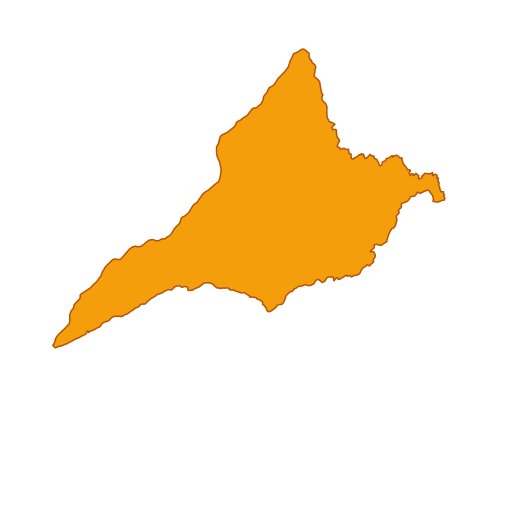 Nariño, Antioquia, Colombia (Equal Earth projection), rotated 37°
{"feature_id": "7082276B90486615303500", "entity_name": "Nariño", "entity_type": "district", "adm_level": 2, "iso_a3": "COL", "parent_name": "Colombia", "parent_adm1": "Antioquia", "projection": "equal_earth", "projection_center": [-75.143, 5.553], "detail": "fine", "context": "isolated", "style": "filled", "palette": "amber", "viewbox_px": 512, "rotation_deg": 37, "n_neighbors": 0, "source": "geoboundaries", "source_scale": "gbopen_adm2", "svg_char_len": 6038}
<svg xmlns="http://www.w3.org/2000/svg" viewBox="0 0 512 512"><g transform="rotate(37 256 256)"><path d="M144.0,367.5L144.2,368.2L144.2,372.4L143.3,377.5L143.0,381.1L139.3,391.1L139.2,393.0L139.6,393.9L140.7,394.9L140.9,396.2L140.1,404.3L141.5,407.3L141.5,411.5L142.9,415.6L146.3,419.7L147.6,422.5L147.0,428.4L145.7,436.2L145.4,439.1L145.5,441.9L147.5,447.3L147.4,449.4L148.2,449.9L151.1,450.1L152.5,447.5L155.1,444.4L156.7,441.3L157.6,440.2L162.1,430.4L164.1,427.3L164.7,425.4L165.9,423.3L167.0,420.6L167.0,419.1L166.5,417.5L167.3,417.2L168.0,417.7L168.4,417.6L169.2,414.9L170.7,413.4L171.9,410.1L173.9,406.5L174.0,405.8L173.6,403.3L174.3,400.7L176.8,397.2L177.5,395.6L177.6,392.9L178.4,390.6L179.0,389.7L181.2,387.8L183.4,386.2L184.1,386.1L184.8,385.1L185.5,384.9L186.5,382.0L188.1,379.5L189.5,374.9L190.4,372.9L190.9,370.2L191.9,369.0L193.0,366.8L192.9,364.7L193.2,363.9L194.0,362.8L195.0,362.3L196.4,360.8L197.0,356.5L197.7,353.4L199.6,348.9L200.1,346.7L203.1,342.2L203.6,340.5L205.7,336.2L206.7,335.2L209.1,334.0L209.4,331.1L209.8,330.4L209.5,330.0L210.5,327.9L213.4,325.5L214.7,325.8L215.6,325.6L217.6,323.2L219.3,322.2L220.3,322.4L222.2,324.2L223.3,323.8L226.1,321.2L226.3,319.8L229.2,314.9L230.7,309.1L233.2,306.6L236.3,304.8L239.0,304.5L242.0,305.0L244.2,304.9L245.7,303.8L247.3,303.4L248.3,301.9L250.7,300.2L252.6,298.4L255.7,298.7L256.7,298.1L257.8,296.8L258.6,296.9L266.1,294.5L269.0,292.2L275.1,291.9L275.3,292.4L276.1,292.5L278.3,290.6L279.4,290.3L280.9,289.2L283.0,289.7L286.2,288.6L287.3,288.9L288.8,288.7L290.8,290.8L292.0,290.4L294.1,291.2L295.2,291.2L295.8,292.0L298.2,293.2L299.6,293.0L301.1,291.1L302.7,285.6L302.8,284.1L302.6,284.0L303.0,281.9L303.5,281.0L305.8,279.0L306.0,276.2L305.5,275.1L305.0,271.9L304.3,271.3L304.0,270.6L304.0,269.1L304.6,264.6L306.2,262.4L306.5,258.9L307.4,257.5L307.8,255.5L309.4,253.5L310.8,252.3L312.2,249.4L315.7,248.1L317.6,246.3L319.0,243.0L318.6,240.8L318.6,239.0L319.7,237.4L320.3,237.1L325.0,237.2L326.1,234.9L325.8,230.6L326.5,228.8L328.3,228.0L330.5,226.4L331.2,226.9L332.7,228.8L333.2,228.8L333.3,224.9L334.0,224.4L335.7,225.1L336.4,224.8L337.0,223.8L337.8,221.5L338.5,220.4L339.5,217.1L341.0,217.3L343.1,214.8L344.5,215.4L345.1,215.1L345.8,212.8L348.0,210.7L349.3,208.1L349.2,206.5L348.7,204.6L348.5,200.9L349.7,198.6L350.1,196.3L350.5,195.9L352.1,195.9L352.7,194.9L352.9,192.7L353.5,190.3L353.1,189.5L351.8,188.1L351.9,186.1L351.2,184.1L350.1,183.0L347.7,181.9L346.7,182.1L345.2,183.6L344.6,183.6L344.4,183.0L345.4,178.9L345.3,178.2L344.0,176.2L344.1,175.3L345.2,174.2L348.6,172.8L349.5,172.2L350.0,171.3L350.5,168.9L351.6,166.8L351.7,165.8L349.3,160.3L348.3,155.4L348.0,152.8L349.1,150.5L349.0,147.8L346.8,142.2L344.6,140.5L344.0,139.6L344.3,135.3L342.4,133.9L342.4,132.1L342.8,129.9L342.4,129.0L340.9,127.4L341.0,125.7L343.2,123.0L344.1,120.3L344.2,119.1L343.9,116.2L344.1,115.1L346.5,112.9L346.8,111.6L346.8,107.7L349.6,107.1L351.4,103.1L353.8,99.8L355.1,99.6L357.6,100.7L360.1,101.3L363.2,103.3L364.0,105.3L364.8,105.8L368.5,103.7L369.6,102.5L371.1,99.5L372.8,97.8L371.9,96.0L370.2,95.4L369.6,93.7L368.1,93.3L367.3,91.9L366.0,92.5L365.0,93.5L363.3,92.1L362.3,92.0L361.7,90.9L359.3,89.4L358.1,87.2L356.8,87.4L354.9,84.2L354.2,84.1L353.2,84.8L352.6,83.1L351.5,82.5L350.0,82.9L349.2,83.9L349.3,84.8L348.9,85.3L348.2,85.1L347.2,83.4L346.7,83.3L345.8,85.2L345.2,85.9L341.0,88.5L340.9,90.8L340.4,92.3L341.3,93.2L341.4,93.8L339.9,96.3L339.4,96.5L338.8,96.2L338.1,94.4L337.6,94.0L334.0,93.7L333.7,96.6L332.9,96.7L331.8,95.9L331.1,96.3L330.8,96.9L330.8,98.3L330.5,98.8L329.4,97.9L328.2,97.5L328.0,96.9L328.2,95.3L327.7,94.6L326.6,94.8L324.8,95.9L323.5,95.0L321.2,94.4L320.3,94.5L319.6,94.0L318.1,93.7L314.7,91.4L313.8,89.9L311.7,90.9L308.0,90.7L307.5,91.0L306.2,92.9L305.8,94.6L305.5,94.6L305.0,93.8L304.2,94.2L303.4,96.4L303.4,97.3L301.5,99.6L302.0,102.7L300.8,103.8L300.4,105.1L301.4,106.8L301.7,108.1L300.7,109.3L299.9,109.3L297.7,107.6L296.4,107.3L294.3,106.2L291.8,106.9L291.0,105.9L289.8,105.4L289.2,105.6L288.6,106.6L286.3,106.1L285.9,106.5L285.7,110.2L284.7,112.3L283.8,112.3L280.6,110.0L280.1,110.3L279.7,111.5L278.7,111.0L277.3,113.9L276.9,116.2L275.5,118.4L275.4,119.6L274.9,120.4L273.5,120.7L271.6,118.9L270.7,117.4L269.6,118.0L268.0,117.7L267.7,117.0L266.7,116.4L265.7,115.1L263.5,116.9L261.4,117.0L259.7,119.4L259.1,119.8L258.4,119.8L257.6,119.1L255.2,119.9L254.7,119.6L254.5,118.2L253.7,116.7L253.7,114.6L253.4,113.7L252.0,112.9L249.9,112.5L248.4,111.6L244.0,106.9L243.1,107.1L241.5,108.8L240.5,108.5L239.7,107.8L239.3,107.4L239.1,106.3L239.8,104.1L239.7,103.4L238.5,103.3L233.2,104.5L232.5,104.4L231.7,103.4L230.1,103.0L229.1,102.2L225.9,98.4L222.9,94.1L220.0,92.4L215.7,91.9L214.2,91.0L213.1,89.7L212.5,87.1L210.4,86.3L208.9,85.2L202.3,78.9L200.6,78.1L194.1,77.4L193.5,76.7L192.6,74.1L191.2,71.9L190.3,69.7L189.4,68.6L187.4,67.8L184.1,67.7L182.8,66.5L180.4,66.3L179.0,65.0L178.2,64.8L177.2,63.0L175.9,62.1L170.6,61.9L169.5,62.2L168.1,63.4L166.1,69.0L164.3,71.7L165.0,74.3L165.8,79.2L168.1,86.0L167.9,92.6L166.8,101.4L167.4,107.9L166.4,111.6L165.5,112.8L165.3,114.4L166.2,118.7L166.1,123.2L166.5,124.9L167.8,127.0L168.5,131.7L167.8,133.9L167.4,136.6L166.7,137.9L165.1,139.2L164.4,140.9L164.4,149.2L162.8,152.9L162.0,156.4L160.1,160.2L160.0,160.9L160.9,164.6L160.8,166.4L158.6,174.7L156.0,179.7L155.6,181.6L155.9,183.2L158.2,188.3L158.8,192.0L159.5,193.6L162.2,197.1L165.0,199.8L170.5,203.0L174.6,206.5L176.6,208.6L178.7,212.2L180.0,215.0L181.2,218.4L181.1,220.3L180.2,223.2L178.5,231.3L177.9,233.2L177.2,234.4L176.2,238.4L176.7,248.7L175.6,251.5L175.3,254.2L176.1,260.8L176.0,262.7L175.0,266.9L173.5,270.1L173.5,270.8L174.6,273.5L175.3,276.4L174.5,281.5L174.4,283.6L175.0,288.7L174.9,291.5L173.8,293.9L172.8,297.0L172.0,298.1L170.5,299.0L169.3,301.8L168.5,303.0L167.1,303.9L163.3,305.2L161.2,307.6L160.5,309.3L159.1,315.3L158.2,317.9L155.5,320.1L153.9,320.6L151.8,323.2L150.8,326.7L150.0,338.8L149.6,340.3L148.6,341.4L144.8,343.5L143.7,345.4L142.3,354.6L142.4,356.9L143.0,361.8L144.2,365.5L144.0,367.5Z" fill="#f59e0b" stroke="#b45309" stroke-width="1.5"/></g></svg>